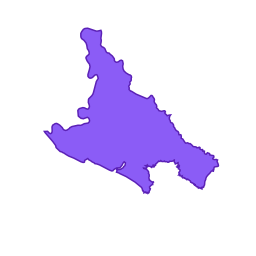 the district of Francisco Pizarro (Salahonda), Nariño, Colombia, rotated 308°
{"feature_id": "7082276B21872376500424", "entity_name": "Francisco Pizarro (Salahonda)", "entity_type": "district", "adm_level": 2, "iso_a3": "COL", "parent_name": "Colombia", "parent_adm1": "Nariño", "projection": "orthographic", "projection_center": [-78.58, 2.086], "detail": "fine", "context": "isolated", "style": "filled", "palette": "violet", "viewbox_px": 256, "rotation_deg": 308, "n_neighbors": 0, "source": "geoboundaries", "source_scale": "gbopen_adm2", "svg_char_len": 5912}
<svg xmlns="http://www.w3.org/2000/svg" viewBox="0 0 256 256"><g transform="rotate(308 128 128)"><path d="M164.5,153.5L163.3,152.3L161.8,151.3L162.0,150.7L162.2,148.4L162.6,147.7L163.2,147.5L163.7,147.6L164.1,147.1L164.1,146.4L163.9,145.9L161.7,144.1L160.7,141.6L161.2,140.4L161.5,137.9L162.8,137.3L163.7,136.1L164.1,134.0L164.7,132.7L165.3,132.0L166.4,131.6L167.2,130.6L167.8,128.9L167.9,128.2L168.3,127.6L168.3,126.8L167.8,126.1L164.7,125.8L163.3,125.3L162.6,124.4L159.7,113.6L159.1,108.0L158.7,107.5L158.9,105.5L159.2,104.9L160.2,104.5L161.4,102.8L164.0,102.6L165.2,101.2L165.6,101.1L167.1,101.3L167.6,101.1L169.5,99.7L170.1,99.6L170.8,98.8L171.1,98.2L171.1,97.1L170.6,96.0L170.2,92.6L170.5,89.7L171.5,87.8L172.3,86.9L173.6,85.6L174.7,85.2L175.9,84.4L177.6,82.3L177.3,80.9L176.3,80.2L174.1,79.6L172.7,78.5L172.5,77.8L172.4,77.0L172.8,75.7L174.0,74.7L174.3,74.1L175.1,71.4L175.2,67.7L175.4,67.0L174.5,65.5L174.5,64.4L174.7,63.7L176.2,61.1L176.4,60.3L176.4,58.9L176.0,57.6L176.2,56.2L176.6,55.3L177.1,54.9L179.2,53.9L180.7,52.9L182.0,51.4L186.1,49.0L187.5,47.8L188.3,46.5L185.9,44.6L184.8,43.3L182.1,35.6L181.8,34.8L180.6,33.5L179.6,32.6L178.2,32.1L175.4,32.2L173.5,32.6L171.3,34.3L170.4,35.3L169.9,36.5L170.0,39.3L169.2,42.5L168.0,44.4L165.4,47.2L164.9,48.9L164.0,50.5L162.5,51.8L161.5,51.8L159.1,51.3L157.8,51.4L157.0,52.1L155.7,54.5L155.0,56.7L154.7,58.2L153.0,60.3L150.3,61.6L145.5,63.5L144.1,64.6L143.7,65.8L143.7,66.9L144.3,67.9L145.2,68.6L146.6,69.0L149.2,69.3L150.5,70.1L150.7,71.2L148.8,74.0L145.2,74.4L134.5,79.0L132.9,79.5L131.1,79.6L126.9,79.1L126.0,79.4L123.7,81.0L122.1,83.5L120.9,84.6L119.0,85.0L118.1,84.7L117.3,82.8L117.2,81.6L116.3,79.9L113.6,77.9L112.4,77.5L110.9,77.7L106.8,81.5L106.7,82.7L106.7,85.0L107.8,87.1L111.3,89.3L111.5,89.8L111.5,91.1L110.8,92.4L110.1,93.2L109.3,93.6L108.4,93.7L107.3,93.5L104.5,90.9L101.7,89.6L100.9,89.0L99.4,86.9L94.7,83.0L92.5,82.0L91.6,82.1L89.0,81.3L87.7,80.4L87.1,78.9L87.2,77.4L87.8,76.1L88.2,72.7L88.1,71.0L87.7,69.0L86.6,67.9L83.8,66.9L82.0,67.5L79.2,69.9L78.1,70.6L76.8,70.9L75.9,70.5L75.5,69.1L75.9,66.7L73.8,64.2L73.3,65.6L71.0,77.2L69.7,81.7L68.3,83.4L67.7,89.0L68.4,90.6L68.5,92.0L68.8,92.8L69.0,95.7L69.4,98.6L70.9,103.8L72.4,111.7L73.2,113.8L74.0,114.6L74.5,114.6L75.8,113.8L79.2,115.1L78.8,116.5L79.2,118.8L79.2,120.6L79.7,122.7L79.5,123.8L80.5,125.6L81.4,128.3L83.4,139.2L84.1,141.5L84.9,142.4L86.2,142.4L87.6,142.8L89.7,143.8L91.7,146.1L95.1,146.2L97.2,145.7L99.0,145.8L99.0,147.4L96.9,148.6L96.1,148.7L95.1,148.4L94.3,148.5L94.0,148.7L90.8,147.6L89.3,146.1L89.1,144.6L88.8,144.4L88.4,144.5L87.8,145.5L86.1,146.1L86.9,148.3L87.0,149.5L88.6,156.5L89.7,166.8L89.5,175.2L88.9,176.6L87.9,177.7L88.0,178.5L87.3,179.0L87.5,180.0L86.8,180.5L88.0,181.0L88.1,181.8L88.5,181.7L88.5,182.0L88.0,182.3L88.2,182.7L88.7,182.6L89.2,183.1L88.8,183.9L89.6,183.9L89.6,184.2L90.1,184.3L91.4,183.6L92.9,183.4L93.9,183.0L93.8,182.3L94.9,181.2L97.4,181.6L98.2,181.8L98.6,182.3L99.0,182.1L99.8,181.3L101.0,181.4L101.1,180.9L100.4,180.5L100.3,180.2L100.1,176.9L100.6,176.7L100.7,176.2L101.7,175.0L103.1,174.4L104.2,173.5L104.7,172.7L104.8,172.1L105.9,171.5L106.2,171.1L106.7,169.4L106.8,167.9L105.8,165.2L106.0,164.9L106.9,166.5L108.2,167.3L108.6,167.2L108.9,166.7L109.2,165.8L109.2,165.2L109.5,165.6L109.9,165.6L110.1,167.0L110.7,166.6L110.5,167.4L111.5,169.5L111.4,170.5L111.9,170.4L111.9,171.0L113.3,170.9L113.1,171.8L113.2,172.4L113.7,172.5L114.2,172.1L114.5,171.0L114.9,171.5L115.3,172.6L115.9,172.6L116.7,172.0L119.1,172.5L120.7,172.5L121.3,173.8L122.5,173.9L122.4,175.2L123.2,176.4L124.4,177.1L124.2,177.9L125.3,179.2L125.5,180.4L126.2,181.2L127.4,181.3L128.5,182.8L130.4,184.3L130.9,184.0L131.2,184.2L130.2,184.9L129.6,185.7L129.3,187.1L128.2,187.3L129.6,187.7L130.3,188.7L130.7,188.8L131.1,188.5L131.5,188.8L130.5,189.5L130.0,190.5L129.0,190.4L130.0,191.1L129.7,191.5L129.3,191.2L129.6,191.7L129.2,191.8L129.0,192.2L128.7,192.0L129.0,191.6L128.5,191.3L128.6,191.0L128.3,191.0L128.2,190.8L128.0,191.2L127.4,191.1L127.8,192.4L126.9,192.8L127.1,194.0L126.9,195.0L125.6,195.5L124.4,195.4L123.6,196.2L123.6,196.8L123.4,197.0L123.0,196.9L122.9,197.2L122.8,196.9L122.4,196.9L122.7,197.2L122.4,197.6L122.8,197.6L123.0,198.7L122.8,199.8L122.6,199.7L122.5,200.0L123.1,200.2L122.8,200.3L122.9,201.4L122.6,201.8L123.0,201.9L123.0,202.6L123.4,202.9L123.2,203.4L123.5,203.5L123.6,204.1L123.4,206.0L123.9,206.2L124.0,206.5L124.3,206.3L124.5,206.7L124.6,209.8L123.9,210.7L124.2,211.6L124.1,212.2L124.5,212.7L124.4,213.8L124.6,214.2L124.2,214.4L124.1,214.7L124.5,215.2L124.1,215.6L124.6,216.0L124.1,216.4L124.1,218.8L124.5,219.0L124.3,219.2L124.5,219.8L124.1,220.3L124.6,220.5L124.4,221.0L125.0,221.2L125.2,222.1L125.6,222.3L125.2,222.6L125.4,223.4L125.6,223.1L126.0,223.1L126.0,223.4L126.3,223.2L126.9,223.5L127.0,223.1L127.7,223.8L128.1,223.6L128.3,223.9L129.5,223.4L130.2,223.4L133.1,221.5L135.4,220.9L136.1,220.4L138.0,219.9L141.0,220.0L142.4,220.3L145.3,220.2L146.0,220.8L146.5,221.8L147.6,220.8L147.9,221.3L149.5,220.3L150.4,220.1L151.5,220.9L152.6,222.1L153.6,222.6L154.2,222.3L155.1,221.2L156.4,218.9L157.1,218.4L157.9,218.3L157.7,217.2L156.2,215.4L155.8,214.2L155.9,213.8L156.3,213.5L158.0,213.6L158.8,212.7L158.7,211.9L158.1,211.1L157.2,209.0L157.8,208.5L158.0,207.8L157.4,205.8L155.5,205.8L155.2,205.4L155.0,204.6L155.4,203.5L156.8,202.5L156.6,202.0L155.8,201.3L155.9,201.0L156.6,200.5L156.9,200.0L156.7,199.7L156.0,199.2L155.7,197.9L155.9,197.4L156.7,197.1L156.9,196.3L156.6,195.8L155.8,195.6L154.8,194.3L155.0,193.7L154.9,193.1L153.5,190.8L153.9,188.8L154.0,186.6L153.2,185.6L153.1,184.2L151.7,182.9L151.5,182.5L152.1,180.5L153.0,178.1L152.7,176.2L154.4,175.0L155.2,173.9L155.1,173.5L154.1,172.4L154.4,171.8L155.3,171.1L156.0,169.7L155.7,167.5L156.4,165.3L157.0,164.4L157.1,163.1L158.3,162.2L158.7,161.4L159.2,159.9L158.7,158.7L158.7,158.1L159.9,156.5L160.3,155.3L161.3,154.4L163.1,153.6L164.5,153.5Z" fill="#8b5cf6" stroke="#5b21b6" stroke-width="1.5"/></g></svg>